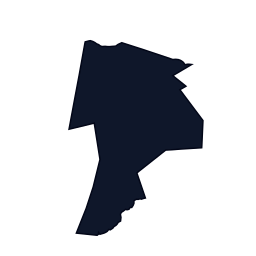 the district of Lagoa do Sítio, Piauí, Brazil, rotated 74°
{"feature_id": "56859067B39211727142740", "entity_name": "Lagoa do Sítio", "entity_type": "district", "adm_level": 2, "iso_a3": "BRA", "parent_name": "Brazil", "parent_adm1": "Piauí", "projection": "robinson", "projection_center": [-41.451, -6.495], "detail": "fine", "context": "isolated", "style": "filled", "palette": "ink", "viewbox_px": 256, "rotation_deg": 74, "n_neighbors": 0, "source": "geoboundaries", "source_scale": "gbopen_adm2", "svg_char_len": 1159}
<svg xmlns="http://www.w3.org/2000/svg" viewBox="0 0 256 256"><g transform="rotate(74 128 128)"><path d="M112.9,185.0L114.0,159.1L150.5,163.6L175.1,177.7L193.7,190.3L199.4,194.7L214.8,206.6L222.6,187.2L222.0,185.8L220.4,185.1L222.4,184.3L222.4,182.5L222.4,180.1L222.1,178.1L221.6,176.4L220.2,174.5L221.0,173.1L220.1,170.2L219.0,168.9L218.2,166.3L217.2,164.7L216.0,163.5L215.4,160.8L212.0,159.4L209.8,159.2L208.5,158.9L207.2,157.5L206.6,155.5L205.5,152.8L206.3,151.5L206.4,149.5L205.0,147.9L205.4,146.3L203.9,144.5L202.1,143.1L199.5,142.3L198.8,139.7L199.4,137.9L199.4,135.9L200.1,134.7L200.0,132.3L200.1,130.6L173.7,131.9L172.6,129.5L159.6,97.9L161.1,91.3L162.7,83.4L167.3,62.6L165.3,61.9L141.5,53.9L105.5,67.6L103.8,60.8L92.8,68.6L90.0,70.5L84.5,49.4L83.5,51.8L83.1,53.3L82.8,55.9L80.3,56.6L78.4,58.0L77.2,59.2L76.1,60.8L75.1,63.3L74.5,66.1L57.2,91.2L44.3,110.5L44.6,112.3L44.9,114.4L45.9,117.2L45.5,119.3L45.1,121.1L44.8,122.8L44.2,125.0L43.2,127.5L42.5,130.6L41.3,132.2L39.8,133.2L38.4,135.0L36.7,136.3L35.1,138.0L33.7,140.1L33.5,141.7L33.4,145.4L35.3,146.4L63.6,160.3L84.3,170.7L112.9,185.0Z" fill="#0f172a" stroke="#020617" stroke-width="1.5"/></g></svg>